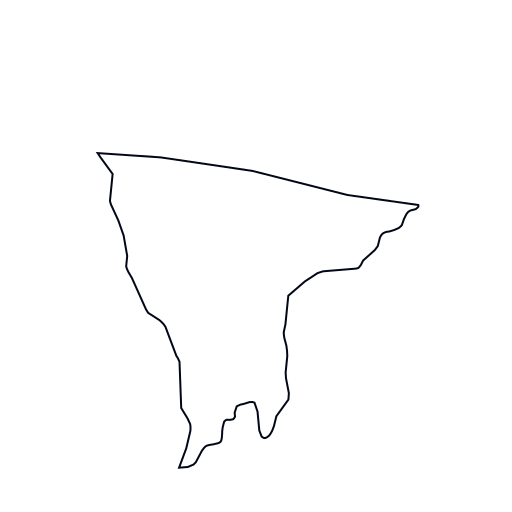 the Department of Retalhuleu, rotated 152°
{"feature_id": "GTM-1946", "entity_name": "Retalhuleu", "entity_type": "Department", "adm_level": 1, "iso_a3": "GTM", "parent_name": "Guatemala", "parent_adm1": "", "projection": "orthographic", "projection_center": [-91.761, 14.429], "detail": "fine", "context": "isolated", "style": "outline", "palette": "ink", "viewbox_px": 512, "rotation_deg": 152, "n_neighbors": 0, "source": "natural_earth", "source_scale": "10m", "svg_char_len": 1602}
<svg xmlns="http://www.w3.org/2000/svg" viewBox="0 0 512 512"><g transform="rotate(152 256 256)"><path d="M347.5,421.2L294.0,387.9L219.2,332.8L146.6,266.9L88.7,224.8L88.7,224.7L89.5,223.3L90.9,222.8L93.0,222.4L98.4,223.7L100.9,223.5L103.5,222.4L108.1,219.1L112.6,214.9L114.4,214.2L116.9,213.7L122.0,214.1L126.9,215.1L129.6,216.1L131.1,216.3L132.7,216.4L134.1,216.2L136.0,215.4L138.0,214.0L143.8,207.6L148.2,205.5L163.6,201.7L167.7,198.8L170.4,197.6L171.6,197.4L173.8,198.0L204.0,211.0L209.7,212.0L224.7,210.6L246.1,205.8L262.2,181.7L267.2,175.8L268.3,173.6L269.5,170.2L271.3,162.5L273.1,157.7L275.4,152.9L284.6,139.1L286.9,134.0L291.4,119.4L294.8,114.0L313.2,105.0L320.1,97.3L323.9,94.0L326.1,92.6L327.5,91.8L329.0,91.2L331.2,90.8L333.0,90.9L334.3,91.4L335.2,92.7L335.8,93.9L335.0,100.4L327.7,117.9L326.2,127.2L327.6,128.7L330.2,130.0L336.5,131.2L339.5,132.1L343.6,132.3L348.4,127.7L349.9,124.1L351.0,123.3L352.7,122.6L355.6,123.4L358.8,125.2L360.2,125.2L362.0,124.6L365.9,120.3L368.4,116.7L369.0,115.5L371.9,111.0L373.6,109.1L375.0,108.5L376.9,108.4L382.3,109.8L385.4,110.9L388.2,111.6L389.9,111.6L392.4,110.8L395.4,109.3L405.9,102.2L409.0,101.2L415.2,101.7L423.3,105.2L407.9,118.9L396.3,132.1L394.9,134.2L393.4,137.4L393.0,138.9L392.7,144.9L393.1,151.6L393.4,156.9L373.2,198.5L373.0,201.8L373.0,203.5L373.2,205.1L369.2,236.1L369.6,239.3L370.4,242.1L371.4,244.8L377.9,256.4L378.2,260.3L375.9,294.8L376.2,301.9L376.0,305.3L375.5,307.8L369.7,316.5L363.3,336.1L360.9,351.8L359.9,369.3L359.3,372.6L358.7,373.8L344.1,395.7L347.1,416.8L347.5,421.2Z" fill="none" stroke="#020617" stroke-width="2"/></g></svg>